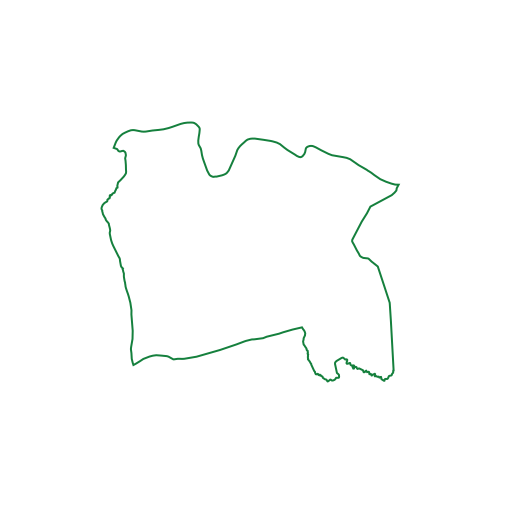 outline of Yang Chum Noi, Si Sa Ket, Thailand, rotated 152°
{"feature_id": "78962969B51834817118015", "entity_name": "Yang Chum Noi", "entity_type": "district", "adm_level": 2, "iso_a3": "THA", "parent_name": "Thailand", "parent_adm1": "Si Sa Ket", "projection": "albers", "projection_center": [104.393, 15.245], "detail": "fine", "context": "isolated", "style": "outline", "palette": "green", "viewbox_px": 512, "rotation_deg": 152, "n_neighbors": 0, "source": "geoboundaries", "source_scale": "gbopen_adm2", "svg_char_len": 6052}
<svg xmlns="http://www.w3.org/2000/svg" viewBox="0 0 512 512"><g transform="rotate(152 256 256)"><path d="M415.4,217.3L412.6,217.3L407.8,217.6L403.8,218.0L397.2,217.2L394.2,216.5L393.0,216.1L390.6,215.2L386.5,212.6L381.7,209.4L381.0,208.7L380.5,208.2L378.2,204.6L377.6,203.7L377.1,203.3L373.4,202.0L369.2,199.7L367.8,199.0L355.8,195.0L331.8,189.9L314.7,187.1L306.2,186.0L304.5,185.7L298.9,184.3L296.6,183.2L288.3,180.1L284.4,179.7L272.2,176.6L267.8,175.9L258.3,173.9L248.9,171.4L248.8,169.2L248.5,167.8L248.5,166.5L248.8,164.8L249.0,164.3L249.6,163.6L250.0,162.9L252.3,161.2L252.9,160.5L253.2,159.9L254.4,158.6L254.6,158.3L255.5,155.4L255.2,154.2L255.2,153.3L254.9,150.9L255.0,150.1L255.3,149.6L255.3,149.0L254.9,148.1L255.1,147.8L255.1,147.4L255.4,147.0L255.5,146.4L256.3,145.5L256.1,144.9L256.2,144.5L256.5,144.4L256.7,144.1L256.9,143.5L257.2,142.9L257.6,142.6L257.7,142.2L257.9,141.9L258.1,141.0L258.5,140.7L258.6,140.4L258.1,137.6L258.1,135.7L257.9,134.9L258.2,134.2L258.6,127.1L258.3,126.2L258.6,125.4L258.7,123.6L258.5,123.4L257.9,123.2L257.7,122.8L257.5,122.7L257.3,122.7L256.9,122.9L256.4,122.3L256.4,121.4L255.2,121.0L255.1,120.7L255.3,120.2L254.7,119.9L254.6,119.2L254.0,118.5L253.9,118.2L254.1,117.2L254.0,116.7L252.9,114.7L252.7,114.5L252.0,113.9L251.8,113.3L251.8,112.1L251.7,111.7L251.0,111.5L248.5,112.0L248.2,111.8L248.0,111.6L247.6,110.6L246.7,110.0L246.1,109.9L245.0,109.8L244.3,109.9L243.7,110.1L242.7,110.7L242.3,110.8L240.5,109.8L240.1,109.7L239.7,109.9L239.3,110.4L238.7,111.8L238.6,112.2L238.8,113.2L239.4,114.5L239.4,114.9L236.9,123.6L236.5,124.3L236.1,124.8L234.9,125.3L234.0,125.5L228.2,125.8L227.0,125.5L226.6,124.9L225.8,122.7L224.5,122.2L224.3,121.9L224.2,121.6L224.7,120.6L225.6,119.9L226.3,119.0L226.4,118.7L226.3,118.2L225.6,117.8L223.8,117.6L223.4,117.5L223.2,117.3L223.2,117.0L223.6,115.8L223.4,115.0L223.1,114.5L222.6,114.2L221.5,113.8L221.0,113.4L220.9,113.2L220.9,112.9L221.2,112.7L222.5,112.8L222.8,112.7L222.9,112.0L222.9,110.9L222.3,110.7L221.5,111.4L221.1,111.5L219.9,111.2L219.7,111.0L219.5,110.7L219.6,109.3L219.5,108.9L219.3,108.6L217.9,108.4L217.6,108.2L215.5,105.3L215.1,104.6L215.1,104.3L215.5,103.5L215.4,102.8L214.8,102.5L214.5,102.5L214.2,102.5L212.9,103.0L212.6,103.0L212.5,102.6L212.5,101.7L212.4,101.3L211.3,101.0L210.9,100.9L210.7,100.6L210.7,100.0L211.3,98.8L211.3,98.4L211.0,98.2L210.3,98.1L210.0,97.9L209.9,97.4L210.1,96.4L210.0,96.2L209.6,96.1L209.0,96.5L208.8,96.5L207.9,96.3L206.6,96.3L206.4,96.2L206.3,95.7L207.4,94.6L207.5,94.2L207.4,93.9L206.4,93.6L206.1,93.4L205.6,92.4L204.5,92.0L204.3,91.8L204.2,90.8L204.1,90.7L203.6,90.6L202.9,90.7L202.4,90.5L202.4,90.3L203.0,88.5L203.0,88.3L201.7,85.9L201.3,85.6L201.1,85.6L200.4,86.5L200.1,86.7L199.4,86.7L198.3,86.1L197.6,85.8L197.3,85.9L196.4,86.4L195.4,87.3L195.1,87.5L194.3,87.5L192.5,87.0L192.2,87.1L191.8,87.4L191.1,88.1L189.7,88.6L188.7,90.3L188.5,90.5L188.2,90.4L167.4,135.3L160.5,150.6L159.9,152.0L157.0,168.6L153.4,189.5L154.1,191.2L156.6,196.9L157.8,200.6L158.3,201.3L162.1,203.9L162.7,204.6L163.5,205.8L164.1,207.0L164.2,207.7L164.1,209.8L164.3,213.6L164.2,220.3L164.3,222.5L164.2,223.9L163.5,225.0L162.7,225.6L146.5,236.7L138.0,241.6L131.8,245.9L107.6,246.0L103.9,246.9L101.4,247.9L101.0,248.3L100.0,249.7L96.6,252.0L99.6,253.7L102.5,256.4L106.3,260.5L110.2,265.5L113.6,272.0L115.1,275.3L116.5,277.8L117.1,278.7L117.7,280.0L122.7,288.0L127.4,297.2L129.9,300.1L132.7,302.4L141.6,309.3L144.1,312.2L148.7,318.6L152.2,323.9L153.8,325.9L154.6,326.7L156.2,327.6L156.9,327.9L158.5,328.2L159.9,328.2L160.9,327.9L161.6,327.4L163.8,324.7L165.4,323.4L167.7,322.4L168.5,322.2L169.6,322.2L170.4,322.4L171.4,323.2L172.9,325.1L174.0,327.2L178.5,334.9L180.2,338.5L182.3,343.5L184.4,346.4L187.4,349.3L188.9,350.6L195.0,355.2L201.9,360.2L204.1,361.4L206.1,362.2L208.5,362.7L209.4,362.7L210.9,362.5L213.1,361.9L216.1,361.2L218.5,360.5L220.8,359.5L222.0,358.8L222.8,358.3L227.2,354.2L239.9,344.3L242.6,343.1L244.1,342.8L244.7,342.8L246.3,342.9L248.2,343.2L253.5,344.6L254.6,345.2L256.5,345.9L257.3,346.6L258.4,348.1L258.8,349.0L259.0,349.9L259.0,354.4L257.5,364.7L257.1,367.2L256.3,370.5L254.9,374.6L254.3,377.0L254.4,380.7L254.3,381.5L254.1,382.4L252.8,385.0L250.6,388.1L248.3,391.1L246.5,393.8L246.0,394.7L245.8,395.6L245.9,396.9L246.9,400.3L248.0,402.3L249.0,403.3L250.6,404.3L253.8,405.9L255.6,406.6L257.3,407.2L260.5,408.0L269.2,409.3L273.1,410.0L278.2,411.3L282.7,413.0L288.5,415.4L294.9,417.6L296.6,418.4L298.3,419.4L304.0,424.0L305.4,424.9L306.8,425.5L307.7,425.8L310.5,426.2L313.8,426.4L316.5,426.4L319.2,425.8L321.2,425.1L324.8,423.3L326.5,422.1L330.9,418.3L328.6,415.8L328.4,415.4L328.2,413.5L327.8,412.8L327.5,412.4L326.5,411.9L324.9,411.6L323.7,411.1L322.9,409.6L322.8,408.4L323.5,406.2L323.9,405.6L325.3,404.1L325.7,403.6L326.5,401.3L328.2,397.4L330.3,393.2L331.1,391.4L332.0,390.1L333.4,389.2L335.4,388.2L340.0,386.6L343.2,385.7L343.4,385.5L345.5,383.1L345.7,382.8L345.8,382.0L346.2,381.4L347.5,381.4L348.5,380.3L349.3,379.9L351.2,378.3L351.3,378.3L352.4,378.5L353.4,378.4L353.8,378.3L354.1,377.9L354.5,377.8L355.2,377.5L355.4,377.6L355.9,378.2L356.3,378.2L356.6,378.1L357.1,377.5L357.1,377.0L357.3,376.6L357.9,376.3L358.1,375.8L358.2,375.7L359.4,375.8L360.8,375.4L361.3,374.5L361.8,374.1L364.1,374.0L365.4,373.8L367.4,373.0L368.2,372.4L369.4,371.4L369.8,370.9L370.2,370.3L370.4,369.6L370.4,368.3L370.8,367.6L370.9,367.3L371.0,366.5L371.5,364.8L371.5,363.7L371.5,361.9L371.3,359.7L371.6,358.7L371.6,358.3L371.4,356.7L370.9,354.9L370.8,353.5L371.2,352.6L371.9,349.6L372.4,347.9L372.8,346.9L374.3,345.1L374.8,343.9L376.4,338.4L376.7,336.9L377.1,334.5L377.3,331.8L377.6,320.4L377.5,318.1L377.7,317.1L378.4,315.4L379.9,310.7L380.0,309.6L379.4,307.6L379.8,307.5L379.9,307.3L380.0,306.2L380.5,304.7L380.9,302.5L382.1,300.3L382.5,299.4L383.8,295.5L384.1,294.0L384.6,292.8L384.9,291.8L385.5,290.3L385.9,288.7L386.4,285.9L386.9,282.5L387.4,279.9L388.9,273.7L391.4,266.6L393.5,262.8L400.0,247.8L404.0,240.7L408.8,234.5L409.8,233.1L410.3,232.2L411.6,228.7L414.0,223.5L415.0,219.6L415.4,217.3Z" fill="none" stroke="#15803d" stroke-width="2"/></g></svg>